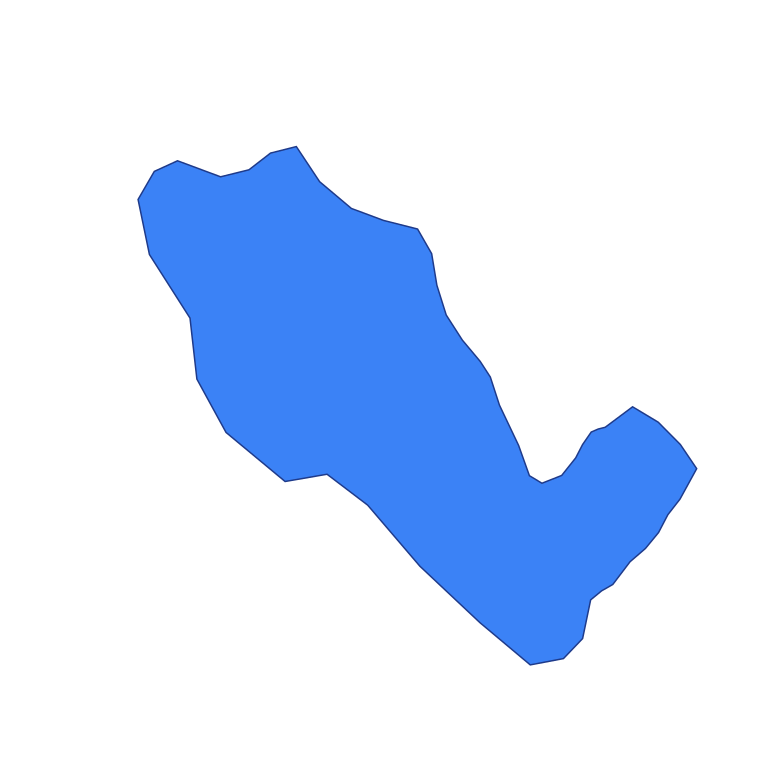 outline of Siirt, rotated 35°
{"feature_id": "TUR-3043", "entity_name": "Siirt", "entity_type": "Province", "adm_level": 1, "iso_a3": "TUR", "parent_name": "Turkey", "parent_adm1": "", "projection": "orthographic", "projection_center": [42.404, 37.927], "detail": "fine", "context": "isolated", "style": "filled", "palette": "blue", "viewbox_px": 768, "rotation_deg": 35, "n_neighbors": 0, "source": "natural_earth", "source_scale": "10m", "svg_char_len": 791}
<svg xmlns="http://www.w3.org/2000/svg" viewBox="0 0 768 768"><g transform="rotate(35 384 384)"><path d="M322.6,237.8L348.3,249.9L370.7,272.8L395.4,291.8L423.0,303.1L449.8,310.3L467.1,317.3L490.7,335.1L529.5,357.1L555.7,375.7L570.3,374.7L582.0,357.0L583.4,334.5L581.4,319.7L581.3,304.5L585.3,298.0L590.0,292.6L600.7,260.1L630.6,258.0L661.5,263.6L688.7,274.0L692.5,308.5L691.5,328.2L694.1,348.2L692.5,368.7L687.5,388.5L686.4,417.0L680.9,428.6L677.1,442.3L692.7,478.6L688.5,506.0L664.9,530.2L599.6,524.5L518.0,512.7L440.1,492.6L389.1,490.6L358.9,520.6L282.4,514.3L227.9,487.3L187.3,441.3L117.6,412.5L76.7,373.9L73.9,341.6L86.8,319.6L131.3,308.0L150.5,286.0L158.6,259.9L176.0,239.8L215.2,255.2L256.6,258.9L289.7,250.3L322.6,237.8Z" fill="#3b82f6" stroke="#1e3a8a" stroke-width="1.5"/></g></svg>